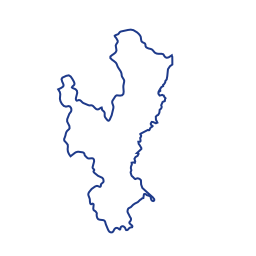 the border of Hamgyŏng-namdo, rotated 323°
{"feature_id": "PRK-3311", "entity_name": "Hamgyŏng-namdo", "entity_type": "Province", "adm_level": 1, "iso_a3": "PRK", "parent_name": "North Korea", "parent_adm1": "", "projection": "orthographic", "projection_center": [127.614, 40.189], "detail": "fine", "context": "isolated", "style": "outline", "palette": "blue", "viewbox_px": 256, "rotation_deg": 323, "n_neighbors": 0, "source": "natural_earth", "source_scale": "10m", "svg_char_len": 5759}
<svg xmlns="http://www.w3.org/2000/svg" viewBox="0 0 256 256"><g transform="rotate(323 128 128)"><path d="M206.7,96.3L206.4,96.9L206.2,97.8L204.0,100.8L201.6,104.0L198.7,103.9L195.3,105.1L190.5,110.3L188.1,112.5L186.2,112.9L185.1,114.0L183.1,114.7L182.0,114.7L181.3,115.7L179.4,115.4L177.2,116.1L176.1,117.8L175.3,117.8L175.2,117.0L174.0,117.6L172.9,118.9L172.8,121.1L173.6,121.5L175.3,122.2L175.6,123.0L176.1,123.6L175.7,124.8L175.9,126.8L175.0,127.2L173.7,128.6L173.2,128.6L172.3,128.2L171.1,128.1L170.4,128.6L168.2,129.8L167.8,131.1L167.3,131.7L166.2,132.4L164.3,132.5L162.3,134.6L161.4,135.1L159.9,135.7L158.7,135.4L157.0,135.7L155.3,138.2L154.7,141.4L153.1,141.0L151.6,138.3L150.6,137.4L148.9,138.1L148.3,139.1L148.8,141.3L148.2,141.5L146.8,141.3L146.2,141.4L145.5,141.6L144.3,142.3L143.7,142.5L143.2,142.3L142.7,141.5L134.3,140.1L134.0,140.5L134.0,141.7L133.8,142.2L133.3,142.6L132.6,143.0L132.0,143.1L131.6,143.5L130.6,145.4L130.1,146.0L129.5,146.2L128.0,145.2L127.0,147.1L127.0,148.5L126.6,152.0L126.0,152.8L120.1,153.4L121.0,154.2L120.9,155.0L118.8,156.0L116.6,155.7L114.6,156.5L113.6,159.1L112.5,159.9L111.6,158.7L110.0,157.9L109.0,159.6L108.1,160.0L107.0,160.8L106.1,161.8L105.3,163.7L103.5,164.9L103.1,165.6L102.9,166.2L102.4,167.5L102.2,168.2L102.2,168.9L102.5,170.1L102.7,172.1L102.9,172.9L103.3,173.3L103.9,173.3L105.5,174.0L106.6,175.6L106.9,177.5L104.5,181.0L103.4,184.5L104.4,190.0L106.1,198.3L106.1,200.6L105.6,201.4L104.9,201.7L104.1,201.5L103.5,200.6L103.4,199.5L103.8,198.2L104.8,196.0L102.6,192.9L102.4,191.7L101.8,190.8L101.0,190.5L100.2,191.1L98.3,193.0L98.1,193.2L97.3,192.8L96.8,192.7L96.4,192.7L95.9,192.8L94.3,192.7L91.2,193.1L88.1,192.5L85.9,192.4L82.7,192.9L80.4,192.5L79.9,192.5L79.5,192.6L79.0,192.9L78.5,193.2L77.9,193.8L77.4,194.3L77.1,194.9L76.9,195.6L76.5,198.2L76.1,200.0L76.0,201.6L75.8,202.2L75.5,202.7L74.8,203.3L74.3,203.6L72.4,204.1L72.0,204.6L71.9,205.3L72.1,206.6L72.5,208.0L72.5,208.5L72.4,209.1L71.6,209.7L70.2,209.0L69.6,208.8L68.7,208.7L66.8,209.1L66.4,209.1L65.9,209.0L65.5,208.7L65.1,208.4L65.1,207.9L65.5,206.3L65.6,205.7L65.5,205.1L65.3,204.2L65.0,203.6L64.6,203.2L64.2,203.0L63.7,202.8L63.2,202.8L62.8,202.8L62.3,203.0L61.9,203.2L61.2,204.0L60.8,204.2L60.4,204.2L60.2,203.9L60.0,203.4L59.8,202.5L59.5,201.7L59.2,201.3L58.9,201.0L58.4,200.7L57.9,200.5L57.0,200.5L56.5,200.6L56.1,200.7L54.0,201.7L53.2,201.8L52.7,201.8L52.3,201.6L51.8,201.3L51.4,200.9L50.8,199.9L50.7,199.5L50.7,198.5L50.9,197.1L52.3,191.7L53.3,189.1L53.4,188.6L53.4,188.0L53.1,187.1L52.7,186.6L50.3,184.3L49.7,183.5L49.4,183.0L49.3,182.6L49.3,181.9L49.4,181.1L50.0,179.6L50.5,178.8L50.9,178.2L51.3,177.9L51.7,177.4L51.9,176.8L51.9,175.8L51.9,175.2L51.8,174.7L51.3,173.4L51.2,172.8L51.4,172.2L51.8,171.4L54.3,168.7L54.5,168.4L54.6,167.9L54.4,167.4L54.2,167.1L52.9,166.8L52.6,166.6L52.4,166.1L52.5,165.4L53.4,163.7L54.5,162.1L54.7,161.7L54.9,161.2L55.8,158.2L56.1,157.5L56.5,156.9L56.9,156.6L57.8,156.0L58.6,155.7L62.2,154.8L66.2,154.9L67.2,155.1L68.1,155.4L68.4,155.6L68.8,156.0L69.9,157.8L70.2,158.1L70.5,158.2L70.9,158.2L71.3,158.0L71.7,157.7L72.2,157.0L72.6,156.7L73.1,156.6L75.6,156.4L76.0,156.2L76.4,155.9L76.9,155.1L77.3,154.3L77.5,153.8L77.5,153.3L77.5,152.4L77.2,151.7L75.3,148.2L75.1,147.4L74.3,144.2L74.1,143.1L74.1,142.6L74.2,142.2L74.4,141.8L75.3,141.5L75.7,141.3L75.9,140.9L75.9,140.3L75.7,139.5L75.7,138.9L75.9,138.4L76.1,138.0L80.8,134.3L81.4,133.4L81.6,133.0L81.8,132.6L81.8,131.6L81.5,131.0L80.9,130.4L78.5,128.9L77.9,128.3L77.5,127.5L77.3,126.3L77.0,124.0L77.2,123.3L77.6,122.5L77.7,122.0L77.7,121.6L77.7,121.2L77.5,120.7L77.2,120.2L74.2,117.2L73.7,116.8L72.8,116.4L71.7,116.0L70.8,115.9L65.1,116.0L65.1,114.9L65.2,113.3L65.5,111.8L65.9,110.5L67.1,108.5L68.6,106.9L69.8,105.1L69.8,102.8L69.5,99.8L70.3,98.4L71.8,97.5L73.7,96.2L74.7,95.3L75.6,94.6L76.5,94.1L77.6,93.7L80.4,93.4L81.2,93.0L82.4,91.1L83.3,86.2L84.7,84.4L89.6,81.4L92.3,80.6L93.1,80.1L93.7,79.4L94.3,78.5L94.6,77.4L94.5,75.7L93.7,74.7L91.3,73.6L90.0,71.7L89.7,68.8L90.2,65.9L91.2,63.7L94.3,60.2L95.2,58.2L95.5,55.1L98.1,55.7L100.7,55.9L101.9,55.5L102.6,54.5L103.0,53.1L103.3,51.5L104.3,49.0L105.9,48.3L110.1,49.2L112.4,50.3L113.2,52.4L113.1,55.1L112.7,58.2L112.4,59.4L112.0,60.3L111.3,61.0L110.3,61.3L108.5,61.4L107.6,61.9L107.9,62.9L109.4,65.4L109.6,67.5L108.6,69.4L104.7,72.5L103.9,73.3L103.4,74.3L103.5,75.3L104.3,75.7L105.4,76.0L106.3,76.8L106.7,77.9L107.0,80.1L107.3,81.1L109.9,85.6L110.6,86.6L111.2,87.1L112.0,87.5L112.7,88.1L113.3,89.3L113.7,92.4L114.0,93.7L114.5,94.5L115.1,95.0L115.8,95.3L116.5,95.4L118.5,95.5L119.3,95.8L118.9,96.7L118.3,97.7L118.3,98.5L118.5,99.4L118.7,100.6L118.5,101.7L118.1,102.4L117.0,103.8L116.4,104.8L116.2,105.8L116.2,108.0L116.3,109.6L116.7,110.4L117.4,110.6L118.5,110.3L122.6,108.0L128.3,103.3L129.2,102.2L129.7,101.0L130.1,99.7L130.5,98.5L131.1,97.6L132.0,96.9L136.9,95.1L137.8,95.0L138.8,95.2L139.5,95.9L141.2,97.4L143.0,98.3L144.8,98.0L146.4,96.4L148.9,92.5L149.8,91.4L152.7,88.8L153.5,87.8L153.8,86.8L154.1,83.6L154.4,82.6L155.4,80.9L155.8,80.0L156.2,78.5L156.3,77.1L156.5,74.1L156.7,72.7L157.5,69.9L157.6,68.5L157.1,66.3L156.3,63.7L156.0,61.5L157.0,60.3L159.0,60.2L161.3,60.3L163.5,60.2L165.3,59.3L166.0,58.2L167.2,55.9L167.8,54.8L168.9,54.1L171.4,53.2L172.2,52.3L172.4,51.3L172.6,49.9L172.7,48.5L172.6,47.4L172.8,46.4L173.7,46.3L176.4,47.1L177.1,47.1L178.6,46.6L179.5,46.5L180.5,46.7L187.0,49.7L189.4,51.1L191.2,53.1L192.8,57.1L193.2,59.2L193.3,61.4L193.0,62.9L191.6,65.4L191.0,66.7L191.1,68.1L191.9,69.5L192.4,70.8L192.1,71.9L191.3,73.1L191.1,74.4L191.6,75.7L192.4,77.0L193.6,78.4L194.1,79.2L194.5,80.1L194.6,81.2L194.7,83.3L194.9,84.3L195.7,85.8L196.9,87.0L199.5,89.0L200.5,90.3L200.5,91.4L200.3,92.6L200.5,94.1L201.2,95.2L202.3,95.8L203.4,96.1L206.7,96.3Z" fill="none" stroke="#1e3a8a" stroke-width="2"/></g></svg>